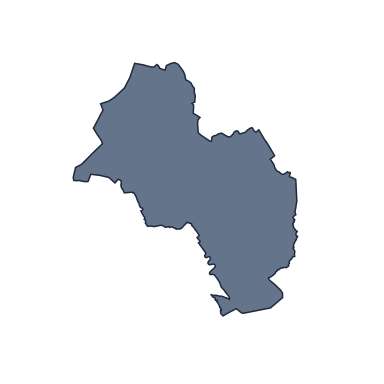 Domnesti, Arges, Romania, rotated 239°
{"feature_id": "2599482B99518216474378", "entity_name": "Domnesti", "entity_type": "district", "adm_level": 2, "iso_a3": "ROU", "parent_name": "Romania", "parent_adm1": "Arges", "projection": "natural_earth1", "projection_center": [24.832, 45.212], "detail": "fine", "context": "isolated", "style": "filled", "palette": "slate", "viewbox_px": 384, "rotation_deg": 239, "n_neighbors": 0, "source": "geoboundaries", "source_scale": "gbopen_adm2", "svg_char_len": 5512}
<svg xmlns="http://www.w3.org/2000/svg" viewBox="0 0 384 384"><g transform="rotate(239 192 192)"><path d="M313.0,240.5L313.6,235.3L310.3,231.6L314.7,228.0L317.5,228.3L319.4,227.5L318.7,223.9L320.0,221.6L323.1,218.5L325.9,215.9L327.1,214.6L331.8,209.1L322.2,197.8L315.9,187.6L313.1,174.3L312.8,167.5L314.7,159.1L308.0,157.9L306.0,154.3L301.3,146.8L297.5,140.4L295.8,140.3L289.5,140.4L285.9,140.7L282.4,140.8L279.5,140.1L277.4,130.7L272.6,111.6L273.0,104.9L268.7,100.6L265.4,97.5L262.8,96.6L260.6,99.7L260.3,100.8L258.1,103.1L255.9,105.7L254.9,107.3L254.7,108.7L254.9,108.8L259.3,114.4L253.7,121.6L247.2,128.3L239.4,130.6L240.9,135.2L240.4,135.7L239.7,136.2L239.2,136.5L238.7,136.7L238.0,136.8L237.9,136.8L237.2,136.6L236.3,136.0L235.4,135.4L235.0,134.9L233.6,134.2L232.6,133.9L230.8,133.7L228.9,133.9L226.1,133.5L222.7,140.6L221.8,140.8L221.7,140.8L221.4,141.8L216.7,141.7L211.6,140.6L209.5,140.7L207.8,140.0L205.9,139.9L205.4,139.8L204.4,140.4L203.8,141.1L202.5,141.0L202.4,141.0L201.9,140.3L202.1,138.4L200.6,138.3L198.9,138.2L196.2,138.1L194.2,138.4L193.1,136.9L192.1,137.4L191.6,137.5L190.1,136.7L189.1,135.9L188.4,136.1L185.5,136.2L185.5,136.3L184.8,137.6L183.9,139.4L181.8,141.7L179.4,148.5L178.4,149.3L177.6,150.1L175.8,150.8L175.1,151.7L174.3,154.2L173.1,154.6L173.1,155.7L172.8,156.4L172.7,156.5L172.2,156.9L169.1,159.1L168.2,159.3L167.8,160.4L167.3,161.5L166.5,162.4L166.5,162.5L166.3,164.4L167.0,166.7L167.4,167.8L168.2,171.3L168.7,171.9L167.1,173.4L166.1,174.2L165.5,174.9L165.2,175.2L165.1,175.3L164.6,175.2L164.0,174.7L163.5,174.6L162.6,174.7L161.3,175.2L160.0,175.3L158.6,175.3L156.4,175.6L151.0,175.9L150.9,175.8L150.3,172.8L150.2,172.8L145.4,173.6L145.1,171.5L145.1,171.4L132.5,172.4L131.0,170.3L130.5,169.8L129.8,169.7L129.1,169.8L128.5,170.3L128.2,171.1L128.0,172.3L127.8,173.0L127.5,173.6L127.0,173.9L126.9,173.9L126.2,173.9L125.7,173.7L125.0,172.8L123.9,170.3L123.5,169.6L123.0,169.1L122.4,169.0L121.8,169.0L121.3,169.1L120.7,169.5L120.2,170.5L119.3,173.0L118.7,173.7L118.6,173.8L117.8,174.1L116.9,173.9L116.0,173.4L115.6,172.5L114.3,166.5L114.1,166.0L113.8,165.5L113.5,165.3L113.2,165.1L112.8,165.0L112.5,165.0L112.2,165.0L111.7,165.3L111.4,165.8L110.7,167.5L110.2,168.0L109.1,168.5L106.0,168.9L101.2,169.1L99.7,169.0L96.6,168.3L95.4,168.2L94.3,168.3L91.9,168.9L88.0,169.2L86.3,169.5L84.8,169.6L83.8,169.8L82.8,169.8L82.2,169.7L81.7,169.5L81.2,169.2L80.7,168.8L82.6,167.7L84.3,166.2L87.0,164.2L88.9,161.6L91.3,159.2L92.2,157.3L93.3,156.1L93.9,155.8L94.1,155.7L94.0,155.4L91.0,155.9L90.9,155.9L90.4,156.6L89.9,156.9L89.5,157.3L89.1,157.3L88.5,156.7L87.9,156.4L87.1,156.4L86.7,156.6L86.5,157.0L86.4,157.8L86.3,158.0L86.1,158.0L86.1,157.9L85.9,157.3L85.5,156.9L84.9,156.8L83.5,157.0L81.2,157.0L79.2,156.4L78.1,156.6L77.4,156.4L76.6,156.7L76.0,156.7L75.9,156.4L76.1,155.8L75.7,155.2L75.4,155.1L74.9,155.4L74.0,154.4L72.8,154.2L72.3,154.2L69.8,154.8L69.8,159.6L69.2,169.7L66.8,170.8L65.1,171.3L63.4,172.0L62.0,172.9L61.3,174.4L52.2,199.6L54.8,215.3L59.0,217.6L62.6,217.3L70.1,215.3L76.6,213.0L79.0,213.2L79.0,214.3L78.7,214.7L78.8,217.9L79.1,218.6L78.9,219.3L79.4,220.5L79.3,221.0L79.5,221.5L80.2,222.4L80.5,223.4L80.5,224.4L81.2,225.2L81.2,225.9L80.6,226.4L80.8,227.1L80.8,227.8L81.1,228.9L80.9,229.6L80.4,230.1L79.9,231.5L79.6,232.9L78.6,233.8L78.8,236.8L79.9,237.1L80.8,238.8L81.7,239.0L82.8,240.3L82.8,241.1L83.2,241.8L83.4,243.1L84.3,244.1L84.3,245.3L83.9,246.9L85.7,247.6L87.3,248.9L88.2,249.6L89.9,249.7L91.7,249.7L91.9,250.4L92.0,250.7L92.1,250.8L92.5,250.8L92.7,250.6L92.9,250.7L93.1,251.2L94.1,251.8L94.6,252.1L94.8,252.4L95.1,252.7L95.9,254.1L96.5,254.8L97.1,256.1L97.6,256.9L98.5,257.9L99.4,259.4L99.5,259.6L100.1,259.4L101.0,259.1L101.6,259.1L102.1,259.1L102.5,259.3L103.6,260.8L103.8,261.1L103.8,261.5L103.8,261.8L104.0,261.9L104.8,261.7L105.1,261.5L105.5,261.2L105.9,261.0L106.4,261.0L106.9,261.1L107.7,261.1L108.6,260.9L109.3,260.9L109.8,260.9L110.6,261.3L110.9,261.5L111.1,261.7L111.3,261.8L111.6,261.8L112.0,261.7L112.5,261.7L112.8,261.9L112.9,262.3L113.1,262.6L113.4,262.9L113.5,263.8L114.0,264.4L114.4,264.7L115.1,264.8L115.3,265.1L115.1,265.4L115.1,265.7L115.4,265.8L115.7,265.7L116.4,265.4L116.7,265.4L117.3,265.5L118.0,265.7L118.6,265.9L119.1,268.2L119.0,269.2L119.4,269.4L120.6,269.7L121.5,269.7L123.5,271.5L130.3,277.2L147.6,286.5L149.5,287.4L150.6,286.5L152.3,285.7L153.1,285.1L153.6,284.4L154.2,283.7L155.2,283.6L156.7,285.0L157.1,285.6L157.4,285.9L157.8,286.1L158.1,286.1L158.3,286.1L158.5,285.9L158.6,285.5L159.1,284.7L159.6,284.3L160.1,284.3L160.1,283.6L159.9,280.9L160.3,278.7L161.4,278.0L162.2,277.6L163.7,277.3L164.2,277.1L166.6,275.4L166.9,275.3L167.2,275.3L167.6,275.5L168.9,275.6L170.1,275.4L172.9,276.2L174.5,276.3L176.9,276.2L179.7,275.9L180.5,281.4L180.6,281.5L197.1,281.6L197.1,281.2L210.8,281.3L211.0,281.0L210.4,279.5L210.5,277.7L211.8,276.8L213.9,276.7L215.1,276.9L216.2,276.5L216.3,276.5L216.7,274.5L216.5,271.5L215.9,269.3L215.9,267.7L217.1,263.1L217.6,262.7L220.3,262.8L221.3,262.1L221.8,259.8L221.1,257.9L220.4,256.9L219.7,253.5L219.7,253.4L220.4,251.4L220.5,251.4L227.3,247.6L228.3,244.5L228.1,243.1L228.4,240.8L228.9,239.7L228.8,237.4L225.6,234.9L226.0,233.7L236.5,228.8L239.7,227.9L247.7,232.0L250.8,234.3L251.8,237.3L258.8,233.6L265.5,238.1L267.9,237.5L267.7,240.8L270.1,242.3L272.1,243.9L274.2,244.9L276.0,245.1L277.3,246.0L279.8,247.4L281.9,247.1L286.3,247.2L288.8,246.1L291.4,244.5L292.7,244.9L296.4,246.2L299.8,246.7L300.8,246.6L301.4,246.6L308.6,245.9L311.8,243.8L313.0,240.5Z" fill="#64748b" stroke="#1e293b" stroke-width="1.5"/></g></svg>